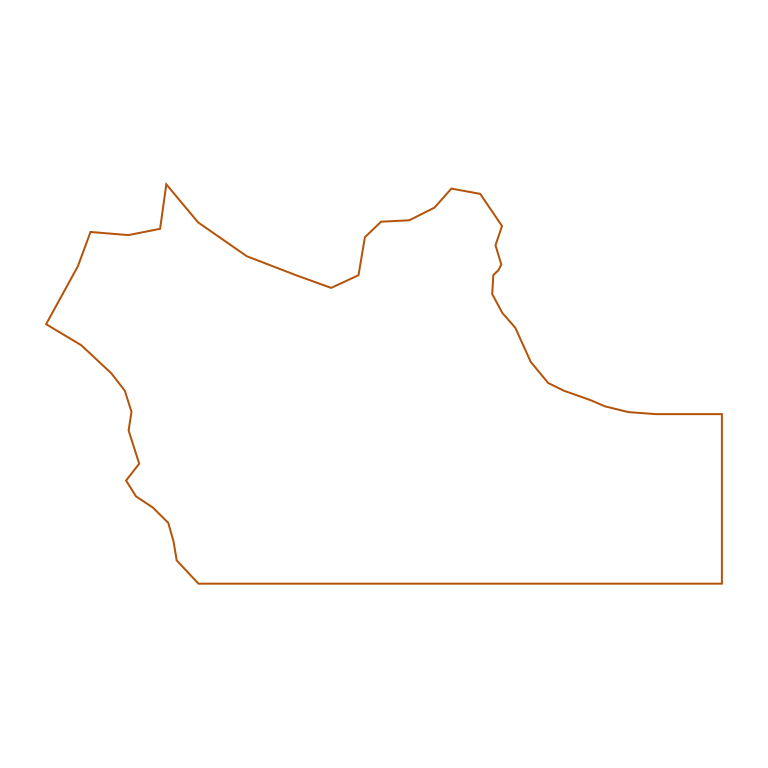 an SVG outline of Rakai
{"feature_id": "UGA-3361", "entity_name": "Rakai", "entity_type": "District", "adm_level": 1, "iso_a3": "UGA", "parent_name": "Uganda", "parent_adm1": "", "projection": "mercator", "projection_center": [31.493, -0.733], "detail": "fine", "context": "isolated", "style": "outline", "palette": "amber", "viewbox_px": 768, "rotation_deg": 0, "n_neighbors": 0, "source": "natural_earth", "source_scale": "10m", "svg_char_len": 759}
<svg xmlns="http://www.w3.org/2000/svg" viewBox="0 0 768 768"><path d="M721.9,583.7L590.0,583.7L454.3,583.7L318.5,583.7L198.5,583.7L190.8,575.5L176.7,560.4L173.6,541.8L168.3,522.9L152.9,507.6L136.0,496.4L126.1,480.5L139.2,463.7L128.6,430.5L131.5,411.8L124.8,390.7L111.2,373.2L81.2,345.2L46.1,324.2L77.9,266.2L90.5,232.0L128.4,235.1L160.1,228.8L166.3,184.3L198.1,222.4L246.7,256.2L296.5,275.4L331.1,287.9L358.5,275.2L364.9,237.2L381.1,221.7L409.2,220.3L434.5,207.6L451.4,188.6L480.2,193.9L502.0,226.0L495.5,245.3L501.3,264.6L498.4,270.2L493.3,275.1L492.2,294.1L502.4,313.0L515.3,327.8L530.8,362.0L548.2,383.0L563.8,390.7L591.2,400.4L604.8,406.3L628.3,412.1L655.5,414.1L721.9,414.1L721.9,583.6L721.9,583.7Z" fill="none" stroke="#b45309" stroke-width="2"/></svg>